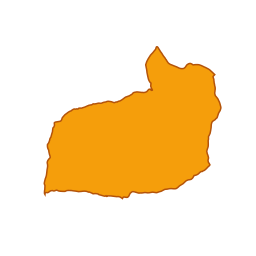 outline of Palmas Del Socorro, Santander, Colombia, rotated 165°
{"feature_id": "7082276B11851573676927", "entity_name": "Palmas Del Socorro", "entity_type": "district", "adm_level": 2, "iso_a3": "COL", "parent_name": "Colombia", "parent_adm1": "Santander", "projection": "orthographic", "projection_center": [-73.283, 6.386], "detail": "fine", "context": "isolated", "style": "filled", "palette": "amber", "viewbox_px": 256, "rotation_deg": 165, "n_neighbors": 0, "source": "geoboundaries", "source_scale": "gbopen_adm2", "svg_char_len": 5764}
<svg xmlns="http://www.w3.org/2000/svg" viewBox="0 0 256 256"><g transform="rotate(165 128 128)"><path d="M30.4,157.1L30.7,157.5L30.8,157.9L31.1,158.2L31.4,158.8L31.7,159.2L31.9,159.7L32.6,160.7L33.6,162.3L33.8,162.6L34.1,163.1L35.1,164.2L37.6,166.5L38.4,167.1L39.9,168.4L41.1,169.4L42.4,170.3L43.4,170.9L45.8,171.6L47.2,171.9L48.0,172.0L48.4,172.0L49.0,172.3L49.3,172.6L49.6,173.1L50.2,173.6L50.8,174.1L51.4,174.3L51.8,174.4L53.1,174.3L54.1,174.0L55.0,173.6L56.7,172.1L57.3,171.7L57.9,171.4L58.5,171.2L58.9,171.1L59.4,171.2L60.4,171.3L61.4,171.7L62.3,172.1L63.3,172.8L65.0,174.3L68.4,176.8L69.4,177.6L70.2,178.1L71.2,179.0L71.5,179.4L72.1,180.1L72.4,180.7L73.0,182.4L73.5,184.2L73.9,185.0L74.1,186.0L74.5,186.9L75.1,188.3L75.7,190.1L76.0,191.3L76.8,193.3L77.3,195.0L77.5,195.6L77.7,196.3L78.1,197.8L78.6,198.8L79.0,198.9L79.4,199.0L79.8,198.7L80.4,197.8L80.6,197.4L81.0,196.9L81.6,196.4L82.0,196.2L83.6,195.0L84.4,194.4L86.7,193.0L87.6,192.4L88.3,191.7L89.2,190.9L90.7,189.5L91.4,188.7L92.0,188.1L93.2,186.6L93.5,186.0L94.3,184.9L94.5,184.5L94.6,184.0L94.7,182.3L94.8,181.3L94.8,180.4L94.9,179.5L95.0,178.5L95.3,176.6L95.4,174.9L95.5,173.3L95.6,171.0L95.6,170.2L95.6,169.4L95.3,167.8L95.1,167.1L94.9,166.6L94.7,166.0L94.3,165.6L94.2,165.4L94.3,165.1L94.4,164.8L94.9,163.5L95.2,162.5L95.2,162.0L95.1,160.9L95.1,160.5L94.9,159.6L94.6,158.6L94.6,158.3L94.7,158.2L95.3,158.2L95.6,158.3L95.8,158.5L96.1,159.0L96.3,159.4L96.5,159.7L96.8,159.8L97.5,160.0L98.1,159.8L98.9,159.3L100.4,158.3L100.9,158.2L102.1,158.0L102.9,158.1L103.8,158.2L104.7,158.6L105.6,158.8L106.8,159.3L107.8,159.7L109.6,160.4L110.4,160.6L111.7,160.7L112.8,160.8L113.5,160.7L114.3,160.4L114.8,160.0L115.3,159.7L115.9,159.4L117.0,159.2L118.1,158.8L121.6,158.5L122.2,158.5L123.4,158.1L124.8,157.5L127.2,156.6L128.5,156.3L129.2,156.2L130.4,156.3L131.6,155.9L132.2,156.1L133.0,156.2L133.7,156.1L134.2,156.0L135.1,156.2L136.0,156.8L137.1,157.6L138.6,158.3L140.0,158.9L141.3,159.1L142.6,158.9L144.7,159.1L146.2,159.0L147.0,158.8L147.9,158.9L149.0,159.3L149.9,159.6L151.0,159.7L152.3,159.7L153.4,159.8L154.1,159.9L155.4,160.3L155.5,160.3L155.9,160.2L156.2,160.1L156.7,159.9L157.2,159.8L157.9,159.9L158.4,160.0L159.2,160.0L159.9,160.1L160.5,159.9L161.3,159.9L162.4,159.7L164.3,159.4L166.7,159.3L167.7,159.2L168.3,159.3L168.9,159.6L170.0,159.8L170.6,159.8L170.9,159.6L171.1,159.4L171.6,159.4L172.1,159.4L172.4,159.7L173.0,159.8L174.1,159.8L174.5,160.1L175.1,160.3L176.0,160.2L177.7,159.7L178.5,159.3L179.7,159.2L181.0,158.9L182.4,158.4L183.3,158.0L185.4,157.2L187.7,155.7L188.9,154.8L189.4,154.0L189.7,153.5L190.6,152.5L191.4,152.1L192.1,152.1L193.4,152.2L194.3,152.3L196.8,152.5L197.3,152.3L197.8,152.1L198.0,151.5L198.2,150.2L198.5,149.3L199.1,148.5L199.5,148.0L200.1,147.8L200.5,147.4L200.9,146.6L201.6,144.9L201.9,144.0L203.3,141.8L204.0,140.6L204.8,139.2L205.7,138.4L206.4,137.5L206.9,136.4L207.8,135.1L208.4,134.3L208.9,133.8L209.4,133.4L209.7,133.2L210.0,133.0L210.3,132.2L210.7,130.5L210.7,129.6L210.7,128.8L210.5,127.9L210.4,127.2L210.4,126.6L210.6,125.3L210.6,124.3L210.7,123.2L210.6,121.4L210.6,120.8L210.7,119.9L210.9,119.5L211.5,119.1L212.2,118.7L212.7,118.3L213.7,117.5L214.3,116.8L214.7,116.2L215.0,115.5L215.1,114.8L215.2,113.3L215.4,112.4L215.7,111.4L216.1,110.5L216.3,110.0L216.9,108.8L217.4,107.5L217.9,106.2L218.9,103.8L219.4,102.8L219.9,102.0L220.5,101.1L220.9,100.6L221.4,99.7L222.2,98.3L222.8,97.1L223.2,96.3L223.3,95.6L223.2,94.6L223.1,94.0L223.3,93.3L223.9,91.4L224.3,90.2L224.8,89.1L225.1,88.3L225.3,87.5L225.5,87.1L225.6,86.5L225.6,86.1L225.5,85.7L225.4,85.3L225.0,86.4L224.4,86.9L223.8,86.9L222.7,86.4L221.9,86.4L221.2,86.6L220.1,87.0L218.9,87.4L217.8,87.2L217.1,87.1L216.6,86.7L216.0,86.4L215.3,86.3L214.1,86.4L213.2,86.5L212.8,86.3L212.1,85.8L211.4,85.2L209.9,84.5L207.5,83.7L205.4,83.1L204.5,83.2L203.4,83.4L202.0,83.2L199.0,82.3L196.7,81.3L194.7,80.5L192.2,79.3L189.5,78.8L187.8,78.6L186.1,78.2L184.4,77.5L183.3,76.7L182.7,76.3L181.8,76.1L181.1,75.5L179.9,74.6L178.9,73.6L178.3,73.4L176.7,73.2L175.8,72.8L175.0,72.6L173.8,71.8L173.3,71.1L172.0,70.4L169.2,68.7L168.0,68.1L167.7,68.1L166.9,68.3L166.8,67.9L166.5,67.5L166.0,67.4L165.8,67.4L165.7,67.4L165.5,67.8L162.1,66.8L158.4,65.3L156.4,64.5L155.4,64.4L153.6,63.5L152.3,62.1L151.6,61.3L151.2,61.8L150.6,62.3L149.8,62.4L147.2,61.3L146.3,61.2L145.1,61.8L142.8,64.4L141.9,64.8L140.8,65.3L139.7,65.3L138.0,64.5L136.4,63.5L134.8,62.5L132.5,61.9L131.1,61.6L128.3,61.3L125.8,60.3L124.6,60.0L120.9,59.7L119.7,59.2L117.5,58.2L116.5,58.1L114.8,58.3L112.5,58.3L111.9,58.4L109.8,58.9L108.3,59.2L105.8,58.8L103.8,58.7L101.9,58.3L100.3,57.7L98.7,57.2L97.4,57.0L96.4,57.2L94.8,57.9L93.2,58.8L90.8,59.5L89.1,60.0L87.7,60.8L86.4,61.5L85.4,62.0L84.2,62.2L83.1,62.3L81.7,62.1L80.7,62.1L80.2,62.1L78.7,62.8L77.5,63.9L76.7,64.7L76.5,65.0L76.3,65.0L75.7,64.9L74.3,64.9L72.6,65.2L71.3,65.8L69.7,66.7L68.6,67.0L68.4,67.0L67.9,66.8L67.4,66.8L66.7,67.1L66.2,67.2L65.3,67.3L64.5,67.6L63.1,68.3L61.6,69.2L60.5,69.9L59.2,70.5L58.4,71.2L58.8,72.9L59.2,74.0L59.2,74.9L59.1,76.0L58.3,77.6L58.0,78.1L57.9,78.9L57.9,80.8L58.1,82.9L58.0,84.1L58.0,85.1L57.1,86.7L56.3,87.9L55.7,88.8L55.2,89.8L54.7,91.4L54.2,93.4L54.0,94.3L53.8,95.1L53.5,95.7L53.1,96.4L53.0,96.8L52.8,97.7L52.4,99.0L51.5,99.9L50.1,101.6L48.9,104.0L47.7,106.7L46.6,109.9L45.5,111.8L44.2,112.7L41.5,113.6L40.8,114.2L40.1,114.5L39.4,114.8L38.8,115.6L38.3,116.4L37.0,118.4L36.3,119.3L34.6,120.9L33.4,122.7L33.0,123.7L32.9,124.8L32.9,127.7L33.0,129.3L33.7,133.1L35.0,136.0L35.3,136.6L35.3,138.6L35.2,139.4L34.8,140.3L34.5,141.0L34.1,142.1L33.7,143.0L33.4,144.3L33.3,145.3L33.3,146.6L33.1,148.1L33.1,149.3L32.9,150.4L32.8,151.5L32.6,152.2L32.5,153.1L32.6,154.0L32.6,154.5L32.6,155.0L32.6,155.5L32.3,155.9L31.7,156.3L30.7,156.9L30.4,157.1Z" fill="#f59e0b" stroke="#b45309" stroke-width="1.5"/></g></svg>